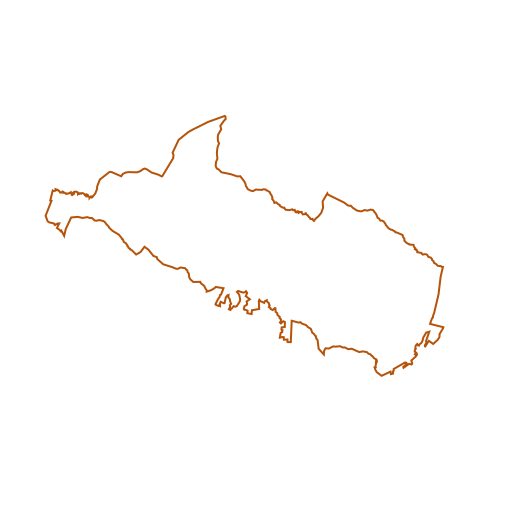 Bulzesti, Dolj, Romania, rotated 318°
{"feature_id": "2599482B75333597382739", "entity_name": "Bulzesti", "entity_type": "district", "adm_level": 2, "iso_a3": "ROU", "parent_name": "Romania", "parent_adm1": "Dolj", "projection": "natural_earth1", "projection_center": [23.863, 44.579], "detail": "fine", "context": "isolated", "style": "outline", "palette": "amber", "viewbox_px": 512, "rotation_deg": 318, "n_neighbors": 0, "source": "geoboundaries", "source_scale": "gbopen_adm2", "svg_char_len": 6107}
<svg xmlns="http://www.w3.org/2000/svg" viewBox="0 0 512 512"><g transform="rotate(318 256 256)"><path d="M290.9,437.8L297.7,438.6L299.0,440.7L299.7,440.7L300.4,440.0L301.5,437.6L307.4,437.6L309.7,437.0L310.2,435.8L308.4,435.8L308.3,435.4L309.9,435.1L310.3,433.6L310.0,433.2L311.0,432.3L312.7,431.8L312.8,431.0L314.7,429.5L316.9,429.3L316.6,430.8L317.1,431.6L318.0,431.1L320.8,431.2L323.0,430.4L325.8,428.5L331.2,426.8L334.1,428.2L325.4,433.0L324.9,434.3L321.7,435.4L321.6,436.0L320.4,436.7L327.7,434.7L328.8,439.9L334.7,439.9L337.6,439.2L339.1,438.1L339.8,437.0L346.8,434.8L347.6,434.3L339.9,422.9L345.1,420.1L346.4,420.1L347.2,419.1L350.3,417.5L365.9,406.7L379.4,394.9L387.6,389.2L386.8,388.3L386.5,387.0L385.4,386.1L384.5,384.7L384.5,382.8L383.7,380.0L384.4,379.0L384.2,376.6L384.8,375.8L384.8,374.1L383.5,372.0L384.0,369.7L383.7,368.8L382.3,367.2L381.0,366.7L380.7,365.5L381.0,364.5L378.4,361.1L379.2,360.3L379.0,358.9L379.5,358.6L378.7,357.2L379.6,356.7L379.6,355.0L380.5,353.1L377.6,350.0L377.7,349.6L376.7,347.4L376.5,343.9L377.8,342.5L378.0,340.3L379.0,338.5L376.2,332.4L375.4,331.7L375.6,330.7L374.7,327.9L373.4,325.6L373.0,323.4L373.3,320.9L373.1,320.0L373.6,319.0L374.0,315.9L373.4,314.1L372.1,312.9L372.5,310.2L371.9,309.1L373.3,305.4L373.7,300.1L372.1,298.1L369.1,296.8L367.5,294.5L364.7,293.6L363.3,292.4L361.4,289.7L360.2,285.0L360.1,282.0L358.9,281.1L358.0,279.5L357.3,275.4L350.5,258.4L350.9,257.2L342.1,260.0L338.0,265.1L333.4,267.6L328.6,268.3L325.4,268.1L322.5,268.7L322.4,266.8L322.8,266.2L321.8,265.6L321.2,264.6L321.6,263.8L321.4,262.1L321.7,260.0L321.2,259.0L321.7,257.6L321.3,257.3L320.5,257.7L318.7,256.5L318.8,254.6L319.4,253.8L318.1,252.7L316.8,252.5L317.5,251.7L317.1,250.8L316.0,251.1L315.1,250.6L314.8,249.9L315.5,249.2L315.1,248.4L315.6,247.6L314.2,246.8L314.2,245.6L311.6,244.4L309.1,241.6L308.9,241.0L309.4,239.1L308.7,238.7L307.8,236.7L307.3,234.4L307.8,233.8L307.1,232.1L306.9,229.6L305.2,228.9L306.1,226.6L306.1,224.5L307.3,223.6L308.3,220.7L308.3,219.3L309.0,218.0L308.2,214.9L307.6,214.2L307.7,213.0L305.8,211.1L304.7,210.9L300.3,206.5L297.2,205.8L295.7,203.7L294.6,200.7L295.1,199.3L295.2,197.6L296.4,195.4L297.2,192.8L297.7,186.2L295.4,184.4L292.0,178.3L286.3,170.6L286.2,166.8L285.4,164.7L286.1,162.5L287.3,160.9L288.5,160.3L288.8,159.6L292.5,157.8L295.3,153.9L297.3,151.9L300.3,149.4L303.9,147.6L304.7,145.0L307.8,141.4L309.5,140.3L314.9,138.6L316.6,135.4L323.0,134.0L325.0,134.0L326.6,131.9L326.5,131.0L310.1,124.3L293.9,119.8L288.6,118.6L276.3,117.9L263.2,123.4L262.3,125.7L259.9,127.9L239.7,134.0L239.2,133.8L237.8,130.1L234.2,124.0L232.9,118.6L231.9,116.6L230.2,115.9L226.7,115.5L223.6,114.2L217.1,108.1L214.6,106.6L211.8,105.9L209.2,106.6L205.0,97.3L204.0,96.0L203.1,95.5L191.1,94.7L184.9,97.8L182.2,100.1L178.4,102.0L174.0,102.7L173.9,102.1L173.1,102.4L172.9,101.3L171.2,101.5L171.6,101.1L171.4,99.7L170.5,98.8L171.7,98.7L171.9,97.9L171.2,96.7L170.1,97.3L169.7,97.0L169.5,96.3L169.9,95.7L169.5,93.6L168.6,92.7L167.7,92.7L167.4,91.8L166.4,91.7L166.4,91.0L165.0,91.0L166.1,89.4L165.3,87.7L164.0,86.7L162.7,86.6L162.9,87.5L162.5,88.0L160.1,87.7L160.0,87.0L160.8,86.1L160.5,85.3L161.0,84.7L157.9,83.9L157.3,82.9L156.4,82.8L156.2,80.9L155.1,80.2L155.6,79.3L155.5,78.7L153.4,78.4L152.9,77.8L153.3,75.9L152.8,75.1L152.9,74.2L151.8,72.3L151.2,73.3L150.7,73.3L149.2,72.3L148.8,71.3L140.2,77.1L141.0,78.1L126.6,85.3L124.4,90.7L124.7,92.4L127.5,96.5L127.7,97.3L127.2,97.9L127.3,98.5L130.3,99.1L131.6,100.1L126.8,102.0L127.5,105.1L127.5,107.1L128.3,107.0L126.9,112.7L132.6,108.7L144.4,103.7L149.7,107.6L152.6,111.7L156.6,114.2L158.1,116.8L159.5,117.9L159.9,121.7L161.0,123.0L163.7,124.5L166.0,128.0L166.4,129.6L166.1,131.9L166.2,135.4L165.8,136.7L166.2,141.4L168.4,148.4L168.1,153.2L167.8,153.7L168.2,154.3L167.2,157.1L167.8,159.3L167.6,161.8L167.1,162.5L167.3,163.0L166.7,164.7L167.3,166.4L166.9,166.9L167.6,168.8L167.9,174.7L172.9,175.8L179.3,174.5L180.3,179.3L179.8,187.3L181.5,190.4L180.6,192.2L181.5,200.1L186.4,208.4L188.0,211.8L189.4,213.3L192.2,214.0L195.2,217.7L195.0,219.3L195.3,220.6L194.4,222.3L194.4,223.9L192.2,227.0L191.6,229.2L192.0,233.3L197.3,237.9L196.8,239.3L197.5,243.6L196.5,247.0L196.4,248.7L195.5,249.5L199.6,251.3L203.2,252.1L205.4,252.1L210.3,258.2L204.2,261.3L203.3,260.9L201.5,262.1L198.6,262.7L193.6,264.7L193.5,265.4L194.1,266.8L195.7,269.3L196.6,268.2L196.5,267.7L199.1,266.4L200.5,269.6L201.1,270.0L205.8,266.6L208.2,266.1L209.5,266.6L207.8,268.2L207.6,270.7L206.4,272.4L205.5,274.9L203.6,275.1L202.8,276.4L200.2,277.5L200.9,278.9L201.5,278.4L202.7,278.8L205.8,278.3L206.7,279.8L208.1,280.4L213.4,279.0L215.1,277.8L217.6,273.6L217.8,269.9L219.3,270.0L221.7,274.2L223.4,275.6L225.0,275.5L224.8,277.5L221.5,279.0L222.5,284.0L218.6,283.5L217.6,285.3L216.7,286.1L213.8,285.6L211.5,287.2L211.3,287.9L212.4,289.3L213.1,291.1L211.3,292.7L213.9,296.2L216.7,293.6L222.9,297.5L227.9,291.4L229.2,290.8L229.2,292.8L230.7,296.3L232.2,295.5L234.4,296.1L233.7,296.9L234.0,299.7L233.2,300.9L233.2,301.8L231.4,302.5L231.9,304.5L231.4,305.1L232.3,307.4L235.2,307.3L235.5,307.8L233.2,310.6L233.5,312.8L232.5,314.1L232.9,317.2L232.0,317.8L232.2,319.7L230.9,321.1L229.3,321.4L229.4,322.8L232.6,322.7L233.3,324.4L229.9,328.0L227.3,326.2L225.6,327.8L225.5,328.4L226.0,328.8L224.5,330.1L222.9,329.6L219.1,332.6L221.7,334.1L222.3,334.9L220.7,336.8L223.5,339.1L221.9,340.9L222.1,341.4L224.2,343.3L239.2,328.0L243.2,334.1L244.7,334.9L244.9,336.9L247.0,341.0L247.0,343.5L248.0,346.8L246.5,350.7L246.9,352.8L246.6,354.8L246.9,355.6L245.7,357.3L245.5,359.7L240.5,366.8L240.5,374.6L242.9,372.2L245.9,371.1L248.2,373.5L253.0,374.9L254.2,376.4L258.1,379.3L259.3,382.1L260.8,383.3L262.2,387.0L265.1,389.0L268.4,396.4L271.7,398.5L274.1,401.7L274.2,404.0L275.3,405.7L275.1,407.5L275.6,408.3L275.3,410.8L276.2,413.4L274.7,414.6L275.5,414.9L275.0,415.5L273.2,416.2L270.5,418.4L269.6,418.1L269.5,418.6L269.9,419.0L269.2,419.2L268.6,420.3L268.0,423.1L269.2,429.1L278.5,431.9L277.2,434.1L279.2,435.1L280.3,433.4L281.5,433.5L282.7,432.1L295.6,434.9L296.3,435.9L296.1,436.8L294.7,436.7L294.3,437.2L291.4,436.9L290.9,437.8Z" fill="none" stroke="#b45309" stroke-width="2"/></g></svg>